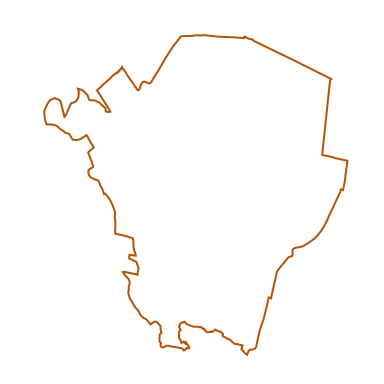 Campia Turzii, Cluj, Romania, rotated 184°
{"feature_id": "2599482B77881741819367", "entity_name": "Campia Turzii", "entity_type": "district", "adm_level": 2, "iso_a3": "ROU", "parent_name": "Romania", "parent_adm1": "Cluj", "projection": "orthographic", "projection_center": [23.883, 46.542], "detail": "fine", "context": "isolated", "style": "outline", "palette": "amber", "viewbox_px": 384, "rotation_deg": 184, "n_neighbors": 0, "source": "geoboundaries", "source_scale": "gbopen_adm2", "svg_char_len": 5896}
<svg xmlns="http://www.w3.org/2000/svg" viewBox="0 0 384 384"><g transform="rotate(184 192 192)"><path d="M341.8,249.2L339.5,249.5L338.4,249.3L335.3,249.5L333.2,249.1L331.3,248.4L327.9,245.6L323.4,243.1L322.4,242.2L319.8,241.8L318.4,241.2L317.5,240.1L315.6,237.0L314.7,236.1L313.8,235.8L311.1,235.8L309.2,236.2L307.3,236.9L306.5,237.3L305.3,238.2L301.2,241.4L300.1,240.1L299.0,238.1L296.1,233.7L293.7,230.5L293.2,229.6L294.1,228.5L296.2,226.6L298.3,224.3L297.9,223.0L296.7,220.8L296.2,219.4L295.8,218.7L295.3,217.3L294.2,215.4L292.3,210.5L292.3,210.2L292.5,209.9L296.1,207.4L296.8,206.4L296.6,203.7L296.2,202.3L295.8,201.4L294.6,200.1L293.5,199.3L290.4,198.0L289.2,197.6L288.6,197.5L286.9,197.1L286.1,196.6L284.7,194.1L284.4,192.8L284.1,192.1L282.7,190.3L281.8,188.9L280.0,185.1L279.9,184.7L279.9,184.1L279.7,183.7L278.3,184.1L276.7,182.5L273.7,179.0L272.3,176.9L270.4,173.6L267.7,167.4L267.2,165.6L267.1,164.3L267.4,160.8L267.3,160.3L266.7,159.0L266.4,157.6L266.2,154.6L266.0,149.5L265.7,145.1L256.3,143.7L248.1,141.9L247.8,141.5L247.2,139.5L246.9,138.0L246.8,136.6L246.6,135.4L246.6,133.3L246.4,132.1L246.1,131.3L244.3,126.8L243.7,125.0L243.6,124.5L250.0,125.0L250.1,121.4L243.0,118.6L242.2,117.4L240.5,113.6L240.0,111.8L240.6,108.2L240.5,105.7L253.5,107.6L254.5,107.6L255.2,107.4L255.5,107.3L252.3,103.4L250.1,101.7L249.1,100.5L248.5,99.6L248.2,98.8L247.9,97.7L247.9,96.2L248.5,92.9L248.5,92.2L248.3,90.7L248.5,88.1L248.4,86.3L247.0,82.6L246.3,81.2L245.6,79.9L244.4,78.6L243.4,77.0L240.3,72.6L237.7,70.4L237.4,69.6L236.3,68.5L235.3,66.4L233.8,64.6L232.9,63.8L230.7,62.6L229.3,62.1L228.5,61.5L226.3,59.5L224.8,57.7L224.3,56.9L222.2,58.5L220.6,60.0L219.0,60.1L218.3,60.0L214.0,56.1L214.0,54.9L213.7,53.0L213.4,51.8L212.9,50.2L212.7,49.2L212.8,49.1L213.8,48.4L214.1,47.9L214.3,46.6L214.2,44.6L214.2,42.9L213.9,41.4L213.9,40.3L212.8,39.5L212.4,38.8L212.7,37.5L212.7,36.6L212.1,35.6L211.2,35.0L210.5,34.9L209.8,35.1L208.5,35.6L206.8,36.9L204.8,37.0L202.9,36.6L194.7,35.8L191.2,35.3L190.4,34.9L190.1,34.5L189.7,33.5L189.1,33.3L188.7,33.4L187.9,34.0L187.3,35.0L186.3,35.8L186.0,36.2L184.0,35.8L183.8,35.9L183.9,36.5L184.1,37.0L184.9,38.4L186.5,40.2L186.7,40.4L187.5,39.9L187.9,40.2L187.9,40.5L187.4,41.4L187.6,41.9L187.9,41.9L188.8,41.2L189.8,42.1L191.9,40.6L192.3,41.2L192.8,42.7L193.3,43.6L194.5,45.2L194.8,46.0L195.1,49.3L195.1,50.7L195.0,51.9L194.9,52.6L194.5,53.1L193.7,53.5L195.6,56.7L195.0,57.7L194.9,59.4L194.7,59.8L193.4,60.5L192.6,61.4L191.3,61.4L190.3,62.0L188.8,60.5L187.6,59.7L182.9,58.1L180.5,57.7L176.6,58.0L174.6,57.5L174.1,57.6L173.6,58.0L173.4,58.0L173.1,57.7L172.9,57.3L172.5,57.1L172.2,56.8L171.7,56.4L171.2,56.2L170.6,56.6L170.2,56.4L169.7,55.9L169.5,54.9L169.2,54.6L167.7,53.5L166.9,53.2L166.1,53.2L164.5,53.5L162.8,54.3L162.3,53.8L161.9,53.9L160.8,54.7L159.4,56.4L158.2,56.0L156.7,55.2L155.5,55.0L154.7,54.6L153.4,54.5L152.5,53.6L151.2,52.7L151.1,52.4L151.4,51.6L151.4,51.0L151.3,50.6L150.9,50.2L150.2,49.8L148.4,49.3L147.0,48.2L145.3,48.0L144.4,47.7L141.5,45.4L138.6,43.3L138.0,43.3L136.6,43.6L135.1,43.0L133.8,43.1L130.8,42.4L131.3,41.6L131.5,41.1L131.4,40.7L130.9,39.8L131.7,39.1L131.8,38.9L131.8,38.6L131.5,38.3L130.7,37.7L130.3,37.0L129.8,36.9L129.4,36.7L128.1,34.9L126.9,34.5L125.7,33.6L124.6,36.8L124.4,37.3L123.7,38.3L122.7,38.9L121.2,38.9L119.6,39.4L118.0,40.6L117.5,41.1L117.0,42.6L116.8,45.1L114.8,58.2L112.9,66.1L111.9,69.3L110.4,77.4L110.2,79.0L108.9,86.4L108.2,92.1L105.7,91.4L105.3,95.0L105.0,96.3L104.5,100.3L102.2,114.6L101.8,117.9L101.6,118.8L97.2,125.4L95.6,127.5L91.3,133.6L87.8,135.1L87.5,135.6L87.3,137.3L87.4,138.4L87.6,139.3L87.7,140.0L87.7,140.8L87.3,141.9L87.0,142.3L85.9,143.0L84.4,143.6L78.4,145.3L76.4,146.4L72.7,149.0L67.7,153.1L64.6,156.2L63.1,158.3L59.4,164.0L57.1,168.8L54.6,174.8L53.7,177.9L53.2,178.8L52.1,181.6L47.8,192.9L44.9,200.3L44.0,202.6L43.6,205.0L41.5,204.5L40.3,213.4L40.1,216.8L40.0,220.3L39.1,234.0L52.0,235.9L53.7,236.5L64.7,238.1L62.3,306.4L61.9,313.8L61.9,314.0L61.1,314.5L99.9,330.6L140.8,347.0L142.7,348.5L145.4,348.6L150.0,350.7L150.6,350.4L150.3,349.7L150.8,349.1L160.1,349.2L176.6,348.8L183.3,348.9L186.7,349.2L190.6,349.3L194.8,348.7L197.5,348.7L200.5,348.3L202.8,347.7L211.0,346.9L212.7,346.7L213.9,346.3L214.8,345.3L217.6,340.8L220.2,337.3L221.6,334.9L226.5,326.1L231.9,315.3L233.6,311.6L235.0,309.3L240.3,298.9L241.2,297.8L241.8,297.5L242.6,297.4L243.7,297.6L245.6,298.5L247.0,298.8L248.7,298.3L249.7,297.3L250.2,296.0L251.6,290.8L252.1,290.2L253.1,289.7L254.6,291.3L255.2,292.5L255.6,292.9L256.3,293.1L256.5,293.9L258.6,296.4L259.3,297.5L259.4,297.8L259.7,297.9L262.2,300.7L263.2,302.2L266.0,305.8L266.8,307.1L267.7,308.1L268.3,309.0L269.5,310.2L269.9,310.2L270.5,310.9L270.5,311.3L270.6,311.8L270.7,311.7L270.8,310.8L271.0,310.5L271.1,310.4L270.8,309.9L270.9,309.7L271.1,309.7L271.4,310.1L271.6,310.0L271.9,309.7L272.1,309.1L272.5,308.7L272.9,308.0L273.5,308.0L273.5,307.7L273.4,307.4L273.8,306.7L274.8,306.2L274.6,305.9L275.9,305.6L276.3,305.0L276.8,304.8L277.3,304.2L278.0,303.7L278.3,303.3L279.8,301.9L281.4,299.9L285.4,295.7L288.3,292.9L288.8,292.1L291.2,289.5L293.9,286.8L283.2,272.5L279.4,267.0L279.1,266.4L280.7,266.0L283.5,266.2L283.8,266.9L283.9,268.5L284.2,268.9L284.3,269.3L284.5,269.8L287.7,272.3L288.6,272.8L289.3,273.3L289.6,274.0L289.9,274.4L290.4,274.7L292.6,275.4L293.4,275.9L295.9,276.6L300.0,276.5L300.8,276.7L301.1,277.0L303.1,281.6L304.3,282.2L305.2,283.5L307.8,285.4L308.1,285.8L311.8,286.9L313.0,287.1L311.8,283.9L312.1,283.3L311.8,280.5L311.8,279.1L312.3,277.8L313.7,274.8L315.2,273.7L317.0,272.7L318.7,272.1L320.5,267.7L321.1,265.5L322.3,262.2L323.7,259.1L324.2,258.3L324.5,258.0L325.1,259.7L325.4,261.1L326.0,262.7L329.4,273.1L329.8,273.8L331.2,274.7L334.0,275.5L335.0,276.2L338.7,274.5L339.5,273.9L340.9,272.5L341.5,271.7L342.7,268.9L344.7,263.5L344.9,262.3L344.8,260.2L344.1,255.8L343.5,253.5L342.7,251.4L342.2,250.3L341.8,249.2Z" fill="none" stroke="#b45309" stroke-width="2"/></g></svg>